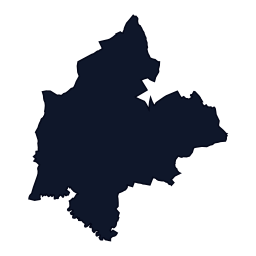 Sambata, Bihor, Romania
{"feature_id": "2599482B53181341706292", "entity_name": "Sambata", "entity_type": "district", "adm_level": 2, "iso_a3": "ROU", "parent_name": "Romania", "parent_adm1": "Bihor", "projection": "mercator", "projection_center": [22.198, 46.801], "detail": "fine", "context": "isolated", "style": "filled", "palette": "ink", "viewbox_px": 256, "rotation_deg": 0, "n_neighbors": 0, "source": "geoboundaries", "source_scale": "gbopen_adm2", "svg_char_len": 5751}
<svg xmlns="http://www.w3.org/2000/svg" viewBox="0 0 256 256"><path d="M172.4,178.5L174.6,176.0L180.2,173.2L178.8,172.5L177.0,170.4L176.8,169.1L176.1,168.6L175.1,167.3L174.8,166.5L174.5,164.4L175.0,163.2L174.7,163.0L174.7,162.5L175.0,161.7L175.4,159.6L178.2,155.9L181.2,157.1L182.2,157.0L183.1,156.5L186.6,156.7L189.4,155.9L192.2,152.2L193.5,147.9L195.2,147.2L201.9,146.2L206.8,146.5L209.9,145.0L212.5,144.4L214.1,143.0L215.1,142.6L218.1,142.1L220.5,141.4L225.4,141.0L226.1,139.4L226.3,137.8L226.1,137.2L226.3,136.1L226.8,136.0L227.0,135.4L226.8,135.1L225.9,134.4L225.9,134.1L226.5,133.6L225.7,133.5L225.0,132.4L222.8,130.1L219.0,126.8L218.3,125.2L219.0,120.9L216.0,114.6L215.2,108.9L214.4,107.4L213.4,107.5L212.8,107.9L211.7,108.3L210.9,107.0L209.3,107.3L208.7,107.0L207.7,107.3L206.2,105.0L203.9,106.3L201.1,102.2L202.4,101.8L201.0,99.4L200.1,98.2L200.2,97.9L198.8,95.9L195.0,91.9L194.0,91.6L193.8,91.8L192.6,94.2L192.2,94.6L191.7,94.8L191.1,94.7L190.7,95.0L190.7,95.7L192.3,96.6L191.7,97.6L190.6,98.2L189.8,98.9L188.2,99.2L187.2,98.7L186.7,98.8L185.5,98.5L184.2,97.1L183.6,96.7L181.5,98.1L179.8,95.7L178.5,93.4L178.0,92.4L177.3,91.3L166.4,95.9L164.1,97.3L156.3,102.7L155.0,104.9L153.9,105.4L151.9,101.4L150.6,97.8L149.7,101.9L149.1,108.1L148.9,109.5L145.6,103.3L144.3,101.5L139.1,99.2L135.9,97.7L135.3,96.9L147.0,90.0L146.5,89.1L140.9,80.1L144.1,78.7L148.0,77.6L150.0,79.4L152.2,80.5L154.4,81.4L154.7,80.4L155.5,77.2L158.4,72.2L158.6,71.5L158.3,69.0L158.8,67.3L159.2,65.5L159.4,61.9L158.5,62.0L156.9,61.2L155.0,59.6L154.1,59.5L151.7,58.8L150.1,58.0L149.7,57.2L148.8,55.1L148.3,54.5L147.5,52.4L146.7,49.0L147.4,47.4L146.9,45.1L146.9,42.7L146.1,40.6L145.8,39.8L145.9,38.3L145.6,37.2L145.2,36.8L144.7,35.4L144.0,33.6L143.8,32.5L142.3,30.2L141.5,28.2L140.7,27.0L140.2,25.9L139.2,25.5L138.1,24.1L137.8,23.4L137.4,21.1L137.7,18.8L137.4,18.0L135.9,16.3L135.3,16.6L134.0,16.2L133.2,15.4L129.9,19.5L126.7,23.2L125.1,26.7L124.5,28.3L124.2,30.2L123.5,31.3L123.1,33.0L121.9,33.0L121.1,32.7L120.3,32.0L116.1,34.0L116.5,34.8L115.5,35.2L113.1,37.2L110.0,39.2L108.1,39.9L99.4,41.9L102.5,48.3L101.4,49.5L100.0,50.1L97.9,51.5L97.6,51.2L97.0,51.5L93.8,53.8L91.8,54.5L89.9,55.5L78.1,61.8L77.4,66.0L77.8,70.9L77.9,72.2L79.4,76.1L76.4,81.6L74.9,85.5L74.0,87.2L73.4,87.8L71.9,88.5L71.4,88.5L71.0,88.8L68.4,91.2L66.8,92.4L66.0,93.0L63.6,93.8L62.8,94.6L61.3,95.7L59.3,95.2L57.9,95.2L57.4,95.6L50.3,91.2L46.2,91.1L42.5,91.8L43.6,95.4L43.9,98.7L44.2,100.2L45.1,102.3L45.4,104.3L45.5,105.9L45.4,106.8L45.2,109.0L44.8,111.5L45.1,112.1L45.1,113.1L44.8,114.8L44.4,115.7L43.8,116.4L43.6,117.3L41.6,118.9L41.2,119.5L40.9,120.8L39.7,123.2L39.0,125.0L38.2,127.7L35.6,132.3L36.1,133.0L38.3,140.0L38.4,142.7L38.0,143.0L38.5,147.5L38.4,149.2L38.6,151.1L36.1,151.5L36.1,154.5L34.9,155.4L33.6,156.6L36.0,158.9L34.5,160.3L34.0,161.0L35.2,161.5L36.2,161.6L39.6,164.9L38.1,167.5L37.9,168.3L38.0,169.7L38.3,170.7L38.3,171.6L38.2,173.6L37.6,175.9L33.6,187.3L31.8,193.4L30.0,195.4L29.2,197.3L29.2,198.2L29.0,198.8L34.6,200.2L40.0,199.3L40.1,198.4L39.6,197.5L39.7,196.9L40.0,196.0L40.0,194.8L40.7,194.2L41.4,194.4L41.9,194.7L42.5,195.5L42.6,196.0L44.3,194.6L45.1,195.4L45.7,195.3L45.7,194.9L46.1,194.2L47.0,194.4L47.6,195.5L48.6,196.4L49.1,196.2L50.3,195.3L50.6,194.6L51.1,194.7L51.3,195.0L51.5,195.9L51.9,196.3L52.3,196.1L52.9,195.0L53.5,194.9L54.0,195.3L54.3,196.1L54.3,196.8L54.6,197.6L54.4,198.7L54.9,198.9L55.9,198.3L57.9,198.4L58.3,198.0L58.2,197.7L58.4,196.8L59.5,195.8L59.5,195.3L59.7,195.0L60.2,195.0L61.5,195.4L62.6,196.9L63.0,197.1L63.9,195.6L63.9,194.9L64.2,194.3L64.8,194.2L65.0,194.3L65.5,194.7L65.7,195.4L66.2,195.5L67.0,195.2L67.6,194.5L68.0,194.5L68.3,194.7L69.3,192.4L68.4,191.5L66.0,190.0L67.2,188.4L67.2,187.5L68.1,186.8L69.0,186.6L69.4,186.8L69.6,186.9L69.7,187.6L70.6,187.2L71.0,187.5L71.3,188.4L73.9,191.2L77.5,193.3L78.1,193.8L77.7,194.4L76.5,194.7L74.1,198.5L72.7,198.4L71.2,200.0L69.4,201.1L69.9,202.2L70.1,206.2L69.4,207.8L68.0,208.9L67.7,209.5L67.7,210.0L68.2,210.6L68.7,210.7L69.4,210.7L70.0,210.1L71.5,209.7L72.7,210.1L73.0,210.5L73.1,210.8L72.4,211.5L70.9,212.6L70.6,212.9L70.8,213.6L71.2,214.3L71.9,214.4L73.2,213.7L73.7,213.9L73.0,216.0L72.8,217.2L72.9,217.7L73.3,217.9L74.9,218.1L76.6,216.9L77.1,217.1L77.2,217.7L77.6,218.4L78.9,218.0L79.2,218.2L78.7,219.0L78.7,219.9L78.8,220.3L82.0,220.5L83.4,222.3L84.9,223.2L85.3,224.3L84.7,226.0L85.1,226.8L85.4,226.9L86.3,226.7L87.5,226.0L90.3,223.5L91.2,224.0L91.4,224.4L90.7,225.2L89.8,226.7L89.9,227.2L90.3,227.4L91.0,226.6L91.7,227.2L92.2,228.0L92.6,229.0L92.5,230.0L92.6,230.9L93.9,232.3L94.7,232.0L95.0,230.8L95.2,230.5L95.6,230.8L96.4,230.5L98.1,230.8L98.5,231.2L98.6,231.9L98.4,232.3L96.9,232.6L96.5,233.1L96.2,234.0L96.2,235.2L96.5,235.7L96.9,235.9L98.6,235.1L99.9,235.0L100.2,235.5L100.2,236.3L99.3,237.5L99.3,237.8L100.0,238.7L100.2,239.4L101.0,239.8L102.5,239.8L102.7,239.4L102.6,238.9L102.9,237.9L103.3,237.7L103.7,237.8L104.5,238.4L105.0,239.1L105.1,239.4L106.2,239.9L106.9,239.6L108.0,240.2L110.4,240.6L110.4,238.6L110.7,237.8L112.3,236.5L112.8,236.2L113.9,236.1L115.3,235.5L116.1,234.8L117.2,233.0L113.0,230.4L110.9,231.9L110.2,230.4L111.3,227.8L111.9,226.9L113.7,227.6L114.3,227.4L115.7,225.8L116.0,225.0L116.4,222.7L116.5,221.6L116.9,221.0L117.6,220.8L118.7,217.5L117.9,216.6L119.1,212.9L115.6,208.9L118.0,206.3L118.0,202.6L117.8,199.0L117.4,196.4L117.6,195.4L118.4,192.9L122.1,191.4L124.0,190.3L125.4,189.7L127.0,187.6L127.3,185.0L132.5,186.5L134.2,181.8L136.7,182.3L138.1,182.7L141.5,183.2L142.9,183.8L145.1,184.0L149.9,184.9L152.9,177.3L154.0,177.8L154.3,177.7L154.9,177.8L156.8,178.8L156.8,179.2L158.3,180.1L161.8,180.7L163.8,180.7L165.4,181.5L166.2,182.1L167.3,182.0L169.2,184.3L170.8,184.3L171.4,185.2L173.8,182.6L171.1,179.6L172.4,178.5Z" fill="#0f172a" stroke="#020617" stroke-width="1.5"/></svg>